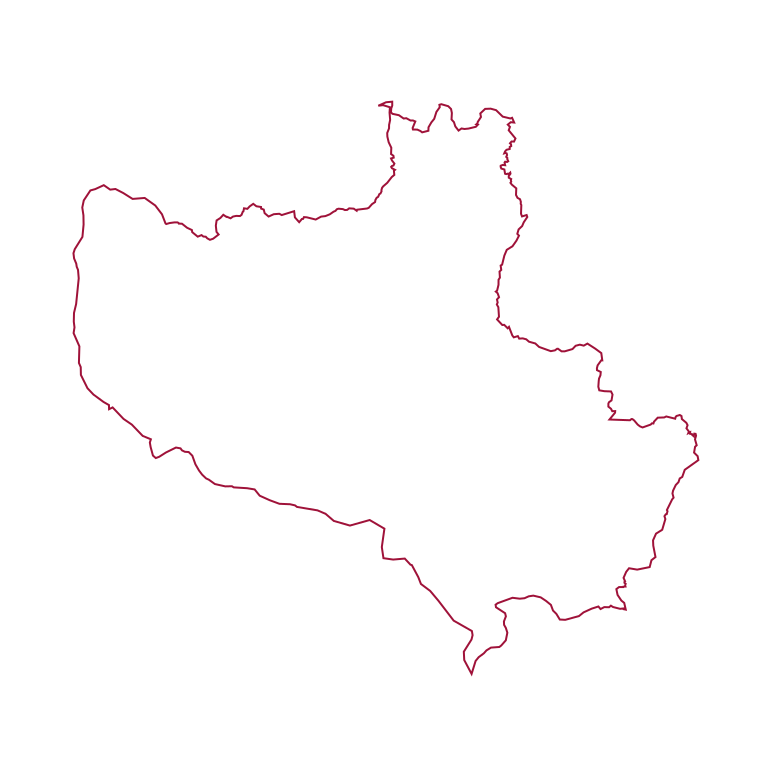 Myingyan, Mandalay, Myanmar (Albers equal-area conic projection), rotated 274°
{"feature_id": "60261553B69002423633875", "entity_name": "Myingyan", "entity_type": "district", "adm_level": 2, "iso_a3": "MMR", "parent_name": "Myanmar", "parent_adm1": "Mandalay", "projection": "albers", "projection_center": [95.599, 21.47], "detail": "fine", "context": "isolated", "style": "outline", "palette": "rose", "viewbox_px": 768, "rotation_deg": 274, "n_neighbors": 0, "source": "geoboundaries", "source_scale": "gbopen_adm2", "svg_char_len": 6139}
<svg xmlns="http://www.w3.org/2000/svg" viewBox="0 0 768 768"><g transform="rotate(274 384 384)"><path d="M100.9,491.6L114.1,494.7L118.1,497.5L122.3,502.4L125.4,504.8L128.5,509.1L129.7,517.4L131.3,519.2L136.8,523.4L144.5,524.4L149.1,522.6L152.1,520.6L155.5,520.2L160.7,521.8L163.8,520.8L169.1,511.3L171.6,510.7L173.3,512.7L179.7,527.1L179.3,534.4L180.1,539.1L182.3,543.2L183.3,547.7L182.1,555.2L178.9,560.8L175.3,565.9L169.8,568.4L166.7,572.0L161.3,575.8L161.4,581.3L166.1,594.7L170.1,599.0L174.4,606.9L177.0,613.4L174.6,615.7L176.8,619.3L177.0,624.1L178.7,625.8L177.5,628.0L176.2,635.2L176.8,638.6L176.1,638.7L175.8,640.9L182.4,638.9L184.5,635.9L189.9,631.7L195.6,630.1L197.8,632.6L198.1,636.8L198.5,636.9L198.8,639.0L199.7,638.6L201.6,639.0L202.5,637.7L203.9,637.8L204.1,638.2L207.3,636.5L213.5,638.7L217.3,641.3L216.5,649.5L219.9,661.8L226.9,663.1L230.3,666.9L241.5,663.9L246.8,663.3L253.7,665.8L258.0,671.7L268.9,674.1L271.7,673.0L273.7,674.2L273.9,675.1L276.9,675.7L278.0,675.0L289.0,679.5L290.8,680.8L294.9,679.4L297.8,679.8L303.6,682.1L306.6,684.6L310.4,685.6L312.1,688.0L319.4,690.0L330.0,702.9L333.9,701.9L337.2,698.1L343.1,698.7L344.7,700.2L350.5,698.1L354.2,698.9L356.0,698.3L356.1,697.0L353.5,696.6L354.9,694.8L355.4,694.8L355.7,692.8L357.3,692.8L356.2,691.0L357.8,691.5L360.9,688.8L364.1,689.7L366.4,688.3L369.8,683.6L372.8,683.0L373.7,681.2L372.5,678.0L371.4,677.2L369.7,676.9L371.3,667.8L370.2,665.9L369.5,659.4L365.3,656.0L363.4,655.5L363.5,654.1L362.1,652.8L358.7,645.0L359.6,642.3L361.2,639.9L365.1,636.1L366.3,634.3L366.3,633.3L365.0,631.9L364.3,611.4L371.5,616.5L373.1,616.5L372.8,613.6L375.1,612.2L377.1,609.4L380.1,609.2L381.5,609.7L383.5,612.1L389.4,612.7L392.4,611.0L392.2,604.3L392.7,599.2L396.2,598.0L401.9,598.0L404.3,598.1L407.8,599.3L411.1,599.4L412.7,595.5L414.6,595.3L417.5,595.8L422.8,599.1L422.8,600.1L430.0,598.6L434.1,592.1L438.5,584.1L436.2,580.6L436.9,576.6L435.5,572.5L432.0,569.6L429.2,562.0L429.0,558.8L431.3,555.1L431.2,554.2L429.5,552.2L428.4,548.1L431.8,536.1L435.0,532.1L436.3,525.7L438.5,522.8L439.2,519.2L438.7,515.7L441.1,514.2L439.6,510.2L441.4,508.6L449.7,504.7L448.2,503.5L451.4,499.8L451.1,497.9L456.3,492.3L459.1,494.0L468.6,492.7L471.2,491.0L473.2,491.7L476.2,490.8L478.6,492.7L482.5,491.0L484.0,489.1L485.0,490.3L490.9,491.3L496.0,491.0L498.2,492.2L504.2,491.4L506.0,493.0L510.3,492.1L511.3,493.5L520.5,495.1L526.4,497.1L530.4,502.6L536.2,506.1L541.4,508.3L543.1,506.5L547.6,507.5L551.2,510.8L555.0,512.1L560.6,515.3L562.5,514.5L560.8,510.0L563.4,508.8L572.1,508.5L573.3,507.8L575.3,507.8L577.8,506.8L579.0,504.2L581.8,502.5L588.4,502.3L591.8,497.6L593.5,496.1L594.7,496.8L596.2,496.3L597.3,496.6L598.5,494.1L600.1,493.9L602.6,495.5L603.7,495.2L601.9,493.6L602.5,492.9L601.9,491.2L602.2,490.1L606.4,489.1L607.1,486.0L608.8,485.2L609.9,485.2L610.8,487.1L610.7,489.6L613.3,488.8L614.2,489.3L614.1,491.4L614.9,492.4L616.9,491.3L618.1,491.3L619.1,490.1L621.0,490.8L622.6,490.3L623.0,489.1L622.5,487.9L624.4,488.5L626.2,489.9L627.2,493.0L629.3,492.9L630.2,494.3L632.0,494.0L632.9,492.9L634.8,494.3L634.9,496.8L638.1,498.0L645.8,490.7L649.3,491.7L651.4,489.4L654.0,492.2L653.9,495.6L658.5,493.2L657.7,491.5L659.0,483.8L665.0,476.7L666.1,471.2L665.5,465.7L660.6,461.2L657.1,462.1L651.9,459.2L650.6,459.1L649.5,458.0L649.2,459.5L647.0,457.7L644.7,450.5L644.0,446.5L644.3,443.5L642.0,440.7L645.9,437.2L650.1,435.5L652.6,432.9L659.1,432.8L663.0,431.7L665.6,428.7L667.1,421.7L666.4,419.8L664.0,420.3L659.1,417.3L652.0,415.6L648.3,413.0L643.2,410.5L639.7,410.6L637.7,404.5L638.9,402.7L640.1,399.5L639.9,395.1L641.4,394.7L648.1,396.9L648.9,394.5L648.7,392.1L650.7,387.7L650.2,385.1L653.2,380.1L654.1,373.6L655.5,372.0L659.4,372.0L662.3,372.8L666.2,372.5L665.2,366.4L661.2,358.9L662.1,363.6L660.5,370.6L655.1,370.6L647.9,371.7L642.8,371.0L639.4,371.2L634.6,369.7L631.0,370.1L625.5,371.8L620.2,374.8L613.9,375.0L612.3,377.5L610.5,377.9L609.5,375.3L607.5,376.4L604.6,379.0L602.6,378.2L602.1,376.8L601.1,376.0L599.8,376.9L598.4,380.0L597.5,379.0L593.3,379.7L591.0,377.3L584.9,373.2L581.1,369.4L579.6,368.4L577.2,367.9L576.0,368.1L573.8,367.2L573.1,366.1L570.3,365.1L569.3,363.7L567.0,362.6L564.9,362.4L562.6,359.5L558.7,356.5L557.9,354.9L556.0,345.0L554.9,344.7L556.8,341.6L556.8,337.0L555.1,335.1L554.8,332.9L555.6,330.8L555.7,326.4L555.0,324.7L553.3,323.5L552.4,321.7L549.5,318.1L547.4,313.8L546.6,309.6L543.3,304.4L544.9,295.3L544.9,292.5L543.1,291.8L542.9,290.6L539.5,288.1L544.0,283.5L550.1,282.3L545.4,270.2L546.5,267.7L545.7,262.2L543.0,257.2L546.1,253.0L549.6,251.9L550.4,249.2L552.0,249.0L552.4,244.3L554.6,241.0L551.8,237.6L549.2,235.5L549.5,232.1L546.4,231.7L546.0,231.1L542.8,230.1L541.5,228.6L541.4,224.9L540.5,221.7L538.6,219.4L539.9,215.5L539.7,215.2L541.6,211.9L538.2,209.2L535.5,205.6L530.2,205.2L524.1,206.3L521.6,208.6L517.0,203.4L515.7,200.3L517.0,197.5L518.5,195.9L518.5,193.5L519.8,191.6L518.0,187.9L522.1,182.1L524.2,181.6L526.1,176.7L529.8,171.3L529.7,168.1L530.4,167.7L530.8,166.7L530.6,163.7L529.6,158.9L528.4,155.6L529.0,154.8L537.8,150.7L546.1,143.4L552.9,132.3L551.1,120.3L556.3,110.6L559.8,102.5L558.8,97.3L562.8,90.6L558.3,82.4L556.6,77.6L546.2,71.7L539.0,70.7L531.3,72.4L522.1,73.2L509.7,72.9L496.9,66.1L492.8,65.1L487.6,66.1L482.6,68.6L479.5,69.3L476.5,70.8L468.1,72.1L442.3,71.3L433.3,69.8L424.5,70.2L418.9,71.3L413.1,70.8L400.3,77.5L383.7,78.2L379.7,80.3L371.9,81.0L359.1,88.5L353.2,94.9L346.5,105.5L343.8,111.1L339.7,111.5L341.7,114.9L331.0,126.6L325.9,135.3L315.4,146.9L312.6,155.3L309.3,154.5L304.8,155.6L296.5,158.5L294.2,161.5L295.7,164.8L300.5,171.3L306.1,180.9L305.6,185.5L303.7,187.1L302.5,190.1L302.5,193.9L299.1,197.8L290.7,201.5L284.8,205.5L280.9,208.9L277.4,213.1L276.3,216.0L272.4,222.3L270.8,232.8L271.4,239.4L270.4,241.3L270.5,254.7L269.8,262.3L263.9,267.8L260.1,278.1L257.2,288.0L257.5,298.6L256.7,303.7L255.3,305.8L253.3,326.5L250.4,334.8L243.9,343.5L240.4,359.9L247.3,379.2L239.7,394.5L221.2,393.2L210.2,395.6L209.5,405.4L211.3,416.9L205.6,423.0L205.3,424.4L193.7,431.7L187.1,434.8L180.8,444.5L171.6,453.4L152.8,470.0L143.7,488.9L139.6,489.9L135.2,489.1L122.5,482.3L114.2,483.3L100.9,491.6Z" fill="none" stroke="#9f1239" stroke-width="2"/></g></svg>